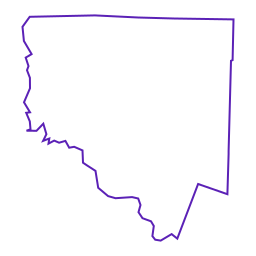 outline of Chariton, Missouri, United States of America
{"feature_id": "52423323B63120007754805", "entity_name": "Chariton", "entity_type": "district", "adm_level": 2, "iso_a3": "USA", "parent_name": "United States of America", "parent_adm1": "Missouri", "projection": "equal_earth", "projection_center": [-93.062, 39.464], "detail": "fine", "context": "isolated", "style": "outline", "palette": "violet", "viewbox_px": 256, "rotation_deg": 0, "n_neighbors": 0, "source": "geoboundaries", "source_scale": "gbopen_adm2", "svg_char_len": 751}
<svg xmlns="http://www.w3.org/2000/svg" viewBox="0 0 256 256"><path d="M232.6,60.1L233.5,19.4L174.0,18.5L138.0,17.5L94.9,15.4L29.7,16.8L22.5,26.8L23.9,41.0L31.6,54.1L25.7,57.6L28.5,66.1L27.0,70.2L29.9,77.8L30.0,88.3L24.0,102.3L30.0,112.3L26.2,112.8L29.8,121.4L30.5,129.3L26.5,130.7L36.5,130.8L43.3,123.7L46.4,134.2L43.1,140.9L49.3,138.5L48.5,143.6L54.2,140.6L59.1,142.7L65.4,140.9L69.2,147.7L74.2,146.8L82.5,150.4L83.0,162.7L87.0,165.4L95.5,170.9L98.2,187.8L108.1,196.1L115.5,198.2L132.1,197.1L138.2,198.5L140.5,205.0L138.5,212.2L142.5,218.2L151.0,221.3L153.8,226.0L152.4,236.1L155.2,239.7L160.7,240.6L171.6,234.1L177.3,238.6L198.1,184.0L227.4,194.2L228.6,154.0L228.6,150.9L231.0,60.8L232.6,60.1Z" fill="none" stroke="#5b21b6" stroke-width="2"/></svg>